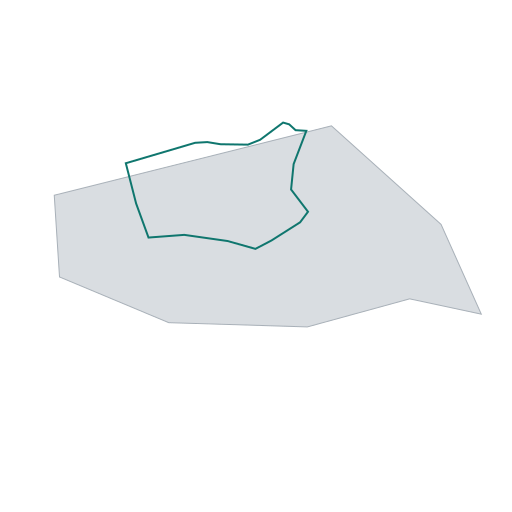 where Saint Andrew sits in Grenada, rotated 250°
{"feature_id": "GRD-5070", "entity_name": "Saint Andrew", "entity_type": "Parish", "adm_level": 1, "iso_a3": "GRD", "parent_name": "Grenada", "parent_adm1": "", "projection": "robinson", "projection_center": [-61.639, 12.124], "detail": "fine", "context": "in_parent", "style": "outline", "palette": "teal", "viewbox_px": 512, "rotation_deg": 250, "n_neighbors": 0, "source": "natural_earth", "source_scale": "10m", "svg_char_len": 586}
<svg xmlns="http://www.w3.org/2000/svg" viewBox="0 0 512 512"><g transform="rotate(250 256 256)"><path d="M222.4,440.7L124.3,447.8L163.2,385.7L171.8,280.0L223.2,151.2L303.5,64.2L382.1,87.2L352.5,371.4L222.4,440.7Z" fill="#d9dde1" stroke="#a8b0b8" stroke-width="1"/><path d="M387.7,165.4L383.2,237.5L379.7,249.2L373.2,260.8L363.4,286.5L363.8,299.6L372.1,327.1L368.4,332.2L360.7,336.2L356.4,346.1L329.5,322.8L306.5,311.7L279.8,320.0L272.6,309.0L265.3,275.9L262.9,257.9L279.8,234.4L300.4,195.8L310.1,161.3L346.4,161.3L387.7,165.4Z" fill="none" stroke="#0f766e" stroke-width="2"/></g></svg>